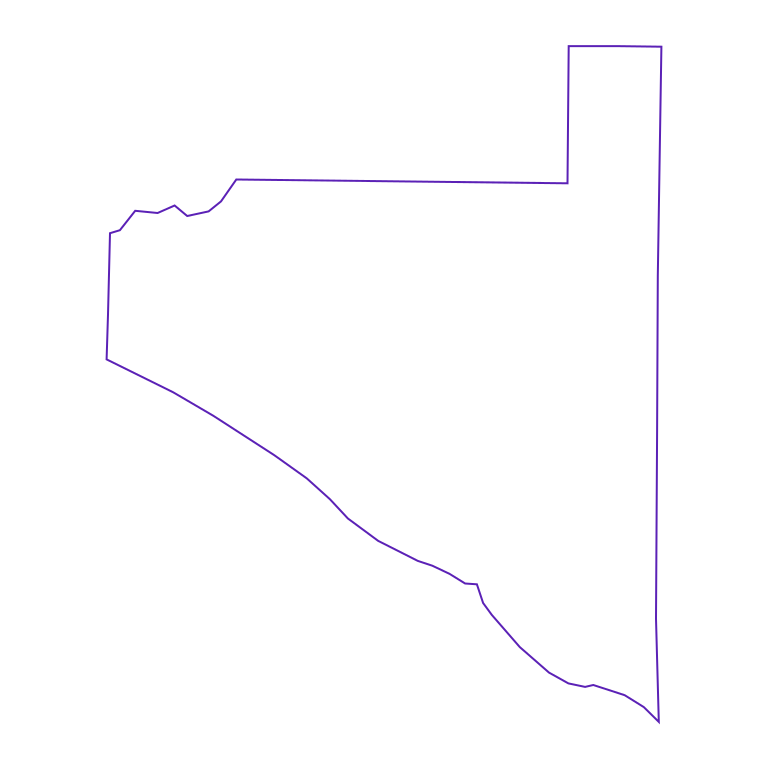 the district of Bay, United States of America
{"feature_id": "52423323B92612294973993", "entity_name": "Bay", "entity_type": "district", "adm_level": 2, "iso_a3": "USA", "parent_name": "United States of America", "parent_adm1": "", "projection": "albers", "projection_center": [-85.662, 30.246], "detail": "fine", "context": "isolated", "style": "outline", "palette": "violet", "viewbox_px": 768, "rotation_deg": 0, "n_neighbors": 0, "source": "geoboundaries", "source_scale": "gbopen_adm2", "svg_char_len": 615}
<svg xmlns="http://www.w3.org/2000/svg" viewBox="0 0 768 768"><path d="M661.4,46.7L615.4,46.1L568.7,46.1L567.5,183.3L236.3,179.5L221.0,201.4L208.6,211.4L187.2,216.0L174.6,205.5L157.6,213.0L135.2,210.8L119.9,230.2L110.0,233.2L108.0,314.7L106.6,359.4L173.2,392.3L213.5,415.9L274.3,455.2L306.8,478.4L329.9,499.2L347.9,518.5L378.2,540.9L417.8,560.9L432.3,565.7L449.6,573.9L465.1,583.5L476.9,584.3L483.1,603.0L491.8,614.9L519.8,647.1L549.0,672.6L568.4,683.4L585.1,686.9L593.3,685.0L624.7,695.2L643.8,707.1L658.8,721.9L656.0,618.6L657.1,431.2L657.8,276.1L661.4,46.7Z" fill="none" stroke="#5b21b6" stroke-width="2"/></svg>